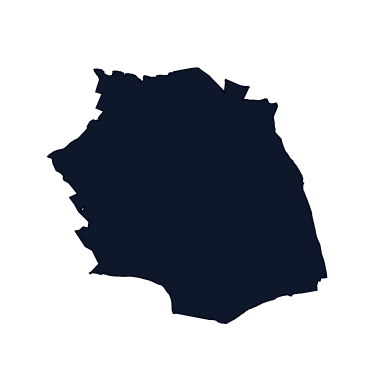 CUT, Alba, Romania (Natural Earth projection), rotated 191°
{"feature_id": "2599482B25854824104910", "entity_name": "CUT", "entity_type": "district", "adm_level": 2, "iso_a3": "ROU", "parent_name": "Romania", "parent_adm1": "Alba", "projection": "natural_earth1", "projection_center": [23.668, 45.952], "detail": "fine", "context": "isolated", "style": "filled", "palette": "ink", "viewbox_px": 384, "rotation_deg": 191, "n_neighbors": 0, "source": "geoboundaries", "source_scale": "gbopen_adm2", "svg_char_len": 4097}
<svg xmlns="http://www.w3.org/2000/svg" viewBox="0 0 384 384"><g transform="rotate(191 192 192)"><path d="M305.4,272.1L300.7,271.7L298.7,271.8L302.0,256.2L293.7,254.6L297.4,247.9L297.9,246.0L296.6,245.6L297.3,243.9L299.1,244.2L299.8,243.3L302.7,243.8L305.4,241.4L307.2,236.0L306.0,235.6L307.8,232.0L313.0,223.8L314.4,222.1L316.6,220.5L320.6,216.8L321.6,215.2L324.0,211.9L326.2,209.5L332.6,206.7L335.4,204.9L338.8,201.3L340.3,199.3L339.4,198.9L336.8,198.7L335.4,198.2L334.3,194.8L333.5,193.7L333.4,193.1L329.2,187.2L327.2,186.8L326.7,186.4L325.5,186.3L322.1,184.3L320.7,182.8L321.0,182.2L320.9,181.0L320.7,180.7L320.4,179.8L319.0,179.0L316.7,178.4L316.2,178.2L314.7,177.6L308.9,172.9L303.8,168.3L310.9,163.3L304.5,157.4L300.7,152.6L299.0,151.3L297.2,153.1L297.6,154.4L295.0,156.8L293.9,156.1L293.8,155.4L294.5,155.0L295.2,153.0L298.7,150.7L287.3,143.2L286.9,136.5L292.2,136.8L294.9,132.9L299.0,131.3L286.3,118.3L278.6,115.8L269.4,103.7L275.6,94.0L277.0,92.8L276.5,92.4L275.6,93.1L275.0,94.0L269.8,94.3L265.9,93.9L263.4,95.2L256.6,94.7L251.5,95.1L247.0,95.9L245.4,96.0L242.0,96.6L239.4,97.2L236.5,97.9L232.3,98.2L228.5,98.3L225.9,98.3L223.6,98.0L220.5,97.9L217.5,97.7L214.1,97.1L207.5,95.4L204.3,95.3L201.3,93.6L198.1,90.3L196.6,88.9L194.5,87.5L191.6,82.7L190.3,79.2L188.7,72.2L187.1,69.4L184.2,70.3L151.1,70.4L146.8,71.0L144.9,71.1L143.4,70.7L141.3,69.7L138.8,69.3L133.7,69.6L132.4,70.4L129.5,73.0L126.7,75.2L123.5,78.4L122.3,79.6L120.9,81.3L118.6,83.4L117.4,84.9L116.6,85.9L113.8,88.4L111.9,89.4L109.5,91.1L107.7,92.1L106.2,93.4L105.2,94.2L104.2,94.9L103.0,95.7L102.2,96.5L101.1,97.2L99.9,97.9L98.9,98.5L97.4,99.4L96.0,100.1L94.6,100.9L93.2,101.4L91.5,102.4L90.7,102.8L90.1,103.4L89.0,104.8L88.5,105.2L84.9,107.1L83.9,107.6L81.3,108.7L80.7,108.7L79.7,109.3L79.2,109.5L78.3,109.5L76.8,109.2L75.8,109.0L74.8,109.1L74.6,109.2L74.4,110.4L74.3,110.6L73.3,111.2L73.1,111.5L72.7,111.8L72.0,112.0L71.3,112.3L70.7,112.3L69.8,112.6L69.2,112.9L68.4,113.2L68.0,113.4L66.8,113.5L62.5,115.1L59.3,116.3L57.7,116.9L56.2,117.5L53.6,118.5L51.8,119.5L50.9,119.3L50.9,119.5L50.8,119.8L51.8,123.2L51.9,123.6L52.0,124.0L51.6,129.2L49.5,129.1L49.1,132.5L46.1,133.0L43.7,134.1L45.1,138.5L49.7,149.6L51.6,152.7L53.4,156.0L56.5,164.2L59.7,168.9L61.4,171.5L62.5,173.8L64.4,178.6L69.6,190.3L70.6,192.9L70.8,194.1L75.2,201.9L82.7,213.8L83.3,214.3L83.9,215.5L84.8,219.9L84.5,221.3L85.2,220.8L85.0,222.3L85.6,222.5L86.0,224.3L85.8,225.3L87.3,228.7L91.3,233.5L95.1,237.7L98.4,240.2L98.9,241.4L102.4,243.6L105.7,247.3L107.9,249.1L108.7,249.9L110.6,252.7L113.6,257.9L114.2,259.6L114.8,260.8L121.1,265.4L122.2,266.7L122.6,267.5L122.5,269.0L123.9,272.0L124.4,274.4L125.0,276.4L125.9,278.7L126.7,280.9L126.6,282.5L126.2,284.7L125.3,288.2L124.7,292.0L124.7,292.9L125.3,294.0L126.2,295.2L129.6,293.8L130.7,293.4L132.5,293.5L133.5,293.7L134.9,295.3L135.9,296.9L137.0,297.4L138.2,297.1L140.8,295.4L143.3,294.4L144.4,294.1L146.7,293.9L150.2,293.5L153.0,292.7L155.0,293.1L157.4,292.6L159.7,292.5L156.6,304.9L156.7,305.3L156.1,305.7L156.8,306.2L159.2,305.6L162.2,305.3L165.3,305.4L176.2,307.8L180.4,308.7L180.5,307.7L179.9,306.3L178.9,295.9L179.6,296.7L195.0,307.2L197.1,308.9L206.2,313.0L209.3,314.7L211.3,314.4L215.4,313.2L232.8,306.4L232.3,305.4L235.9,304.8L237.0,304.1L237.6,301.8L240.5,300.9L245.9,300.3L247.0,299.7L248.4,299.5L248.7,298.3L249.4,297.4L250.3,297.4L253.8,296.5L254.6,296.0L255.1,296.7L260.5,297.0L261.4,296.3L261.1,295.0L261.3,294.4L260.4,292.9L260.9,292.2L260.7,291.3L261.9,290.9L262.6,290.9L263.4,290.9L263.4,291.6L263.9,292.1L266.9,293.2L270.1,295.5L271.2,295.5L273.4,296.0L274.9,295.6L277.0,295.9L279.6,295.1L279.1,294.2L280.0,293.6L281.1,293.6L281.7,294.0L281.6,294.5L282.1,295.4L285.5,296.2L286.7,295.9L288.4,296.2L292.1,295.4L292.5,295.1L292.0,293.7L292.3,293.1L292.2,292.3L292.3,291.2L294.9,290.0L296.8,290.0L300.3,290.9L301.7,291.8L301.4,292.7L301.9,293.4L302.8,293.2L303.7,294.4L305.5,294.6L305.8,294.3L308.1,294.4L310.3,294.0L311.4,293.5L310.8,292.9L310.3,291.6L309.2,291.1L308.3,289.6L306.3,288.3L304.7,286.2L304.0,284.6L304.1,283.6L305.4,272.1Z" fill="#0f172a" stroke="#020617" stroke-width="1.5"/></g></svg>